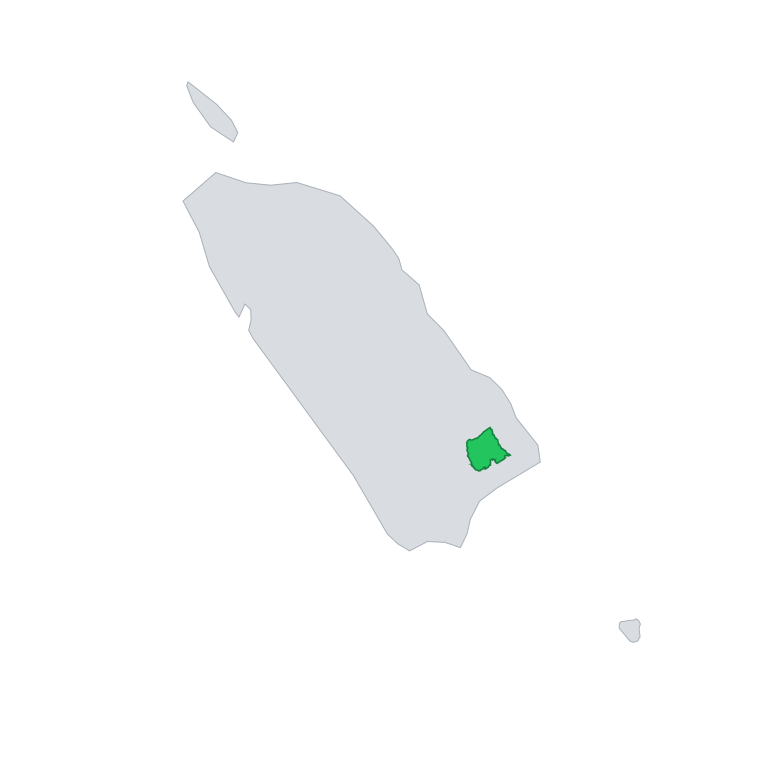 San Germán, Puerto Rico shown in context, rotated 232°
{"feature_id": "32010507B44684662227535", "entity_name": "San Germán", "entity_type": "district", "adm_level": 2, "iso_a3": "PRI", "parent_name": "Puerto Rico", "parent_adm1": "", "projection": "robinson", "projection_center": [-67.051, 18.113], "detail": "fine", "context": "in_parent", "style": "filled", "palette": "green", "viewbox_px": 768, "rotation_deg": 232, "n_neighbors": 0, "source": "geoboundaries", "source_scale": "gbopen_adm2", "svg_char_len": 3588}
<svg xmlns="http://www.w3.org/2000/svg" viewBox="0 0 768 768"><g transform="rotate(232 384 384)"><path d="M516.0,318.4L524.4,324.6L532.6,323.7L526.0,310.9L532.0,310.9L584.0,318.7L617.5,331.9L651.9,338.2L654.2,381.6L627.7,399.0L610.4,417.1L596.4,439.4L559.3,465.2L514.5,473.0L484.8,473.7L473.7,472.9L462.9,468.4L440.4,472.7L412.6,461.3L388.8,464.1L341.5,461.4L323.8,471.3L306.9,473.5L290.3,471.7L276.1,467.3L241.1,467.6L226.3,459.1L232.4,409.6L232.9,387.3L224.3,368.8L214.8,357.2L208.0,343.5L221.8,334.4L233.1,321.3L236.7,301.5L249.0,296.6L263.5,294.3L330.5,303.5L499.9,308.8L509.6,310.4L516.0,318.4ZM707.3,424.3L686.0,426.2L672.1,423.6L667.4,414.4L693.2,405.7L723.4,407.0L740.6,412.2L742.7,415.6L707.3,424.3ZM42.8,438.6L40.2,438.9L37.7,438.5L36.5,437.6L34.8,434.8L27.1,430.1L25.3,425.8L27.0,421.3L30.2,419.5L45.9,419.0L47.5,419.4L50.6,422.6L50.7,424.8L49.1,427.0L46.4,432.4L45.2,433.8L44.3,435.2L44.0,437.6L42.8,438.6Z" fill="#d9dde1" stroke="#a8b0b8" stroke-width="1"/><path d="M250.1,439.7L250.7,439.7L251.1,439.5L251.5,439.4L252.1,439.2L252.3,438.6L252.6,438.8L253.8,438.3L254.6,438.4L255.2,438.2L255.8,438.1L256.7,438.8L257.5,438.0L258.0,438.1L258.7,437.5L259.2,437.4L259.7,437.7L260.3,437.4L260.7,436.9L261.1,436.6L261.9,437.2L262.1,437.1L263.1,437.2L264.7,437.6L265.3,437.4L265.5,437.0L266.2,437.5L267.5,437.9L267.8,438.0L269.0,438.6L269.6,438.9L269.9,439.2L270.2,439.0L270.7,439.1L272.3,438.9L272.4,438.2L272.8,438.2L274.8,439.0L275.4,439.0L275.6,439.2L276.2,439.3L276.6,438.8L277.1,438.9L277.6,438.4L278.0,439.0L278.4,439.1L279.1,440.0L280.1,440.2L280.9,440.5L281.0,440.8L281.5,440.9L281.8,440.9L282.4,440.3L284.3,440.9L284.6,439.6L284.9,432.8L285.0,432.7L284.9,432.3L284.5,431.6L284.5,430.3L284.2,429.7L284.3,427.5L284.1,426.3L284.0,425.5L283.8,425.1L284.2,424.3L284.0,423.9L284.8,422.5L284.7,422.0L285.1,421.1L285.2,420.3L285.4,419.4L285.9,418.4L287.1,417.6L287.6,417.4L287.7,416.5L287.8,416.1L287.6,414.8L287.4,414.0L286.6,412.8L286.1,412.5L285.7,412.4L285.2,412.2L284.8,411.6L283.6,410.7L283.0,410.6L282.6,410.9L282.1,410.2L281.7,410.2L281.5,409.6L281.0,408.7L279.8,408.2L279.3,408.3L279.1,408.3L278.3,408.1L277.8,407.6L277.1,407.7L277.1,407.1L276.4,406.6L276.0,405.5L275.5,405.4L274.8,405.7L274.2,405.5L273.9,405.4L273.2,405.6L272.5,405.2L271.8,405.2L271.6,405.0L270.2,404.8L269.7,404.7L268.7,404.7L268.2,404.3L267.7,404.4L267.5,404.1L266.8,403.8L267.0,403.4L266.7,403.6L266.4,403.1L265.7,402.9L265.7,403.0L265.4,403.5L265.1,403.6L265.0,403.1L264.7,403.4L264.2,403.2L263.6,403.5L263.4,403.0L263.1,403.0L262.4,403.5L262.1,403.3L261.7,403.6L261.5,403.3L260.0,403.3L259.6,403.8L259.2,404.0L258.8,404.5L258.4,405.0L257.4,404.8L256.7,405.9L256.8,406.3L256.5,406.4L256.9,407.5L256.6,407.9L256.2,408.5L256.3,409.9L256.3,410.5L256.8,410.7L256.9,411.0L256.7,411.7L256.4,412.2L255.8,411.6L256.1,410.9L255.5,410.8L254.9,411.1L254.6,411.6L254.8,412.3L255.0,412.8L254.8,412.9L254.4,412.7L254.2,412.9L254.4,413.3L254.5,414.4L254.2,415.1L255.0,416.0L254.8,416.7L254.6,417.5L255.1,417.8L254.7,418.1L256.4,419.4L257.0,420.1L257.6,420.3L258.1,420.7L258.6,421.0L258.6,422.0L257.7,422.5L258.3,422.8L257.7,423.9L257.0,423.9L256.1,424.0L256.3,424.3L256.1,424.8L256.0,424.3L255.0,424.5L254.4,423.9L254.0,424.0L253.3,423.8L252.8,423.8L252.4,424.0L252.7,424.2L251.7,424.7L251.9,424.9L251.8,426.2L251.5,426.4L251.5,427.7L251.7,428.5L251.3,429.1L251.1,429.9L251.3,430.6L251.0,431.0L251.3,431.8L250.9,432.4L251.1,434.2L251.5,434.0L252.2,434.1L252.4,434.7L252.9,434.9L252.9,435.0L252.8,436.2L251.7,436.7L251.3,437.5L250.6,438.0L250.1,439.7Z" fill="#22c55e" stroke="#15803d" stroke-width="1.5"/></g></svg>